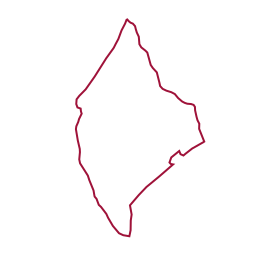 the district of Toto, Nassarawa, Nigeria, rotated 146°
{"feature_id": "59680162B43531883815254", "entity_name": "Toto", "entity_type": "district", "adm_level": 2, "iso_a3": "NGA", "parent_name": "Nigeria", "parent_adm1": "Nassarawa", "projection": "albers", "projection_center": [7.153, 8.233], "detail": "fine", "context": "isolated", "style": "outline", "palette": "rose", "viewbox_px": 256, "rotation_deg": 146, "n_neighbors": 0, "source": "geoboundaries", "source_scale": "gbopen_adm2", "svg_char_len": 1284}
<svg xmlns="http://www.w3.org/2000/svg" viewBox="0 0 256 256"><g transform="rotate(146 128 128)"><path d="M72.4,74.1L69.5,87.5L66.5,91.7L66.1,95.1L66.0,95.7L64.9,99.0L62.5,105.1L60.7,108.1L60.7,110.5L62.1,112.3L62.3,112.6L65.3,115.0L66.9,117.1L68.3,119.7L69.7,124.8L70.2,130.0L72.1,133.5L75.3,137.5L77.4,141.1L77.9,144.8L76.5,148.3L73.0,158.0L73.9,163.9L73.9,167.6L71.5,174.7L69.8,179.8L70.1,181.3L70.3,182.4L71.9,187.4L71.7,191.1L69.2,195.5L68.0,197.7L67.3,202.2L66.3,205.5L65.2,208.5L65.6,211.8L67.0,213.9L67.7,216.3L67.9,218.4L68.7,218.5L72.0,216.2L78.8,212.5L86.2,207.2L91.5,204.4L94.7,202.6L95.6,202.2L107.0,198.0L126.8,189.3L141.5,183.7L150.4,181.9L154.6,180.5L157.5,176.8L158.4,173.3L156.4,170.6L157.7,168.1L158.4,165.8L163.6,162.8L165.8,160.9L169.9,158.3L171.8,156.2L176.6,145.7L179.7,137.6L181.4,134.8L186.0,129.2L187.5,125.5L187.9,111.0L189.2,106.5L191.5,95.5L193.8,90.4L194.0,89.7L193.7,86.9L195.2,80.6L194.5,77.7L194.0,68.9L194.7,64.8L195.3,55.3L194.3,45.8L191.9,41.8L187.4,37.5L183.0,41.8L177.4,49.8L173.4,54.2L169.6,62.8L156.5,66.4L153.3,67.1L145.6,68.8L140.2,69.3L129.0,70.4L115.0,72.1L111.0,72.6L112.6,74.2L112.9,76.2L108.6,79.4L98.4,80.3L99.1,76.9L97.4,74.2L94.8,74.5L86.3,75.1L78.7,74.5L73.6,74.1L72.4,74.1Z" fill="none" stroke="#9f1239" stroke-width="2"/></g></svg>